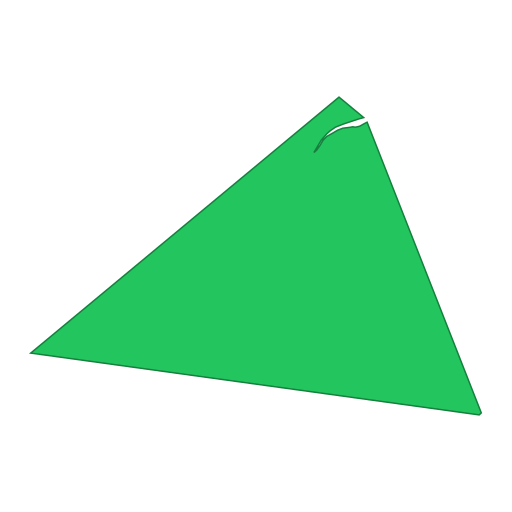 Ngesias, Peleliu, Palau (Mercator projection)
{"feature_id": "81905179B61182383580434", "entity_name": "Ngesias", "entity_type": "district", "adm_level": 2, "iso_a3": "PLW", "parent_name": "Palau", "parent_adm1": "Peleliu", "projection": "mercator", "projection_center": [134.244, 7.006], "detail": "fine", "context": "isolated", "style": "filled", "palette": "green", "viewbox_px": 512, "rotation_deg": 0, "n_neighbors": 0, "source": "geoboundaries", "source_scale": "gbopen_adm2", "svg_char_len": 442}
<svg xmlns="http://www.w3.org/2000/svg" viewBox="0 0 512 512"><path d="M367.1,122.2L364.2,123.7L359.7,126.2L355.5,127.2L352.7,126.8L350.0,127.3L342.8,128.2L337.6,130.2L333.4,132.7L326.9,136.4L323.0,140.3L320.1,145.3L316.6,150.2L313.9,152.5L321.2,140.2L326.8,133.8L330.1,130.9L335.4,127.2L343.5,124.0L358.9,118.9L363.7,117.6L339.0,97.1L30.7,353.1L479.2,414.9L481.3,412.9L367.1,122.2Z" fill="#22c55e" stroke="#15803d" stroke-width="1.5"/></svg>